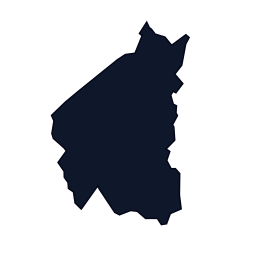 outline of Wyoming, West Virginia, United States of America, rotated 260°
{"feature_id": "52423323B33897242247324", "entity_name": "Wyoming", "entity_type": "district", "adm_level": 2, "iso_a3": "USA", "parent_name": "United States of America", "parent_adm1": "West Virginia", "projection": "albers", "projection_center": [-81.547, 37.602], "detail": "fine", "context": "isolated", "style": "filled", "palette": "ink", "viewbox_px": 256, "rotation_deg": 260, "n_neighbors": 0, "source": "geoboundaries", "source_scale": "gbopen_adm2", "svg_char_len": 906}
<svg xmlns="http://www.w3.org/2000/svg" viewBox="0 0 256 256"><g transform="rotate(260 128 128)"><path d="M200.7,199.4L206.5,203.9L209.8,201.2L201.9,185.3L211.1,180.2L215.8,171.0L221.3,168.2L223.2,166.4L229.0,164.8L219.1,155.7L216.4,157.9L200.4,147.9L200.8,138.2L197.2,129.7L173.3,86.4L164.5,71.0L153.7,54.9L147.8,56.3L135.8,52.1L130.7,52.7L119.5,61.6L116.1,63.3L106.2,53.1L96.5,57.6L90.5,56.7L84.7,59.5L78.8,58.9L74.5,63.2L63.3,62.9L56.3,67.9L70.7,82.5L76.2,88.1L72.9,89.1L47.2,100.3L44.0,104.5L46.3,116.2L44.4,122.7L35.9,129.6L33.9,141.2L27.1,144.1L27.0,149.3L36.4,154.8L39.1,166.3L53.3,167.0L74.2,171.0L79.7,167.6L80.4,163.4L89.3,160.5L97.7,165.1L100.7,161.8L107.9,171.9L121.2,173.3L123.4,172.4L131.6,178.8L134.7,177.9L141.5,179.6L143.5,176.7L153.0,175.8L156.3,178.7L154.4,181.3L160.2,187.5L162.2,189.7L172.9,183.4L180.5,191.8L200.7,199.4Z" fill="#0f172a" stroke="#020617" stroke-width="1.5"/></g></svg>